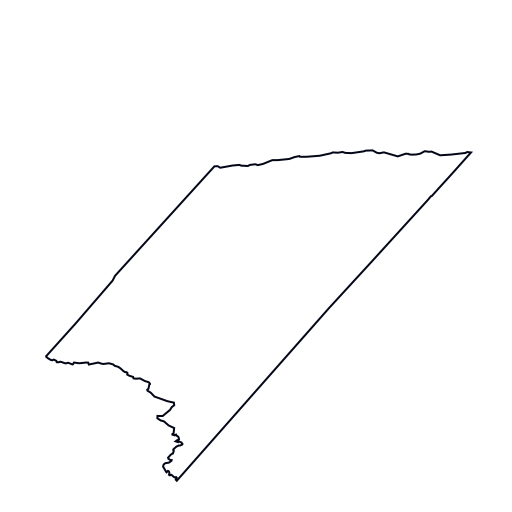 Lake, Minnesota, United States of America, rotated 222°
{"feature_id": "52423323B21927262007954", "entity_name": "Lake", "entity_type": "district", "adm_level": 2, "iso_a3": "USA", "parent_name": "United States of America", "parent_adm1": "Minnesota", "projection": "mercator", "projection_center": [-91.467, 47.572], "detail": "fine", "context": "isolated", "style": "outline", "palette": "ink", "viewbox_px": 512, "rotation_deg": 222, "n_neighbors": 0, "source": "geoboundaries", "source_scale": "gbopen_adm2", "svg_char_len": 2325}
<svg xmlns="http://www.w3.org/2000/svg" viewBox="0 0 512 512"><g transform="rotate(222 256 256)"><path d="M165.5,476.8L168.6,474.6L169.4,472.6L178.9,461.9L186.5,454.1L195.5,451.0L197.0,449.3L200.7,446.8L202.0,443.2L202.4,442.0L204.8,438.7L208.1,435.5L210.0,434.1L210.9,434.0L213.2,432.2L217.3,424.9L230.3,418.6L233.0,415.0L235.2,413.6L240.0,412.5L244.8,407.9L246.0,405.8L253.8,396.4L258.6,392.4L261.3,391.2L264.3,387.5L268.2,384.4L269.1,382.4L275.6,373.3L284.5,363.9L288.7,360.0L289.8,359.2L290.6,359.3L293.5,355.4L296.2,350.4L303.8,342.0L308.0,338.2L312.4,329.1L315.5,324.7L317.8,323.8L321.5,319.6L322.2,317.5L327.4,313.3L329.4,312.5L334.1,307.4L341.6,297.7L344.6,297.1L346.9,294.8L347.5,146.9L346.1,141.8L344.9,84.9L344.9,41.1L344.2,40.9L344.0,40.7L343.9,40.8L342.1,40.8L339.1,41.4L337.6,42.2L337.0,43.7L334.6,44.4L333.5,44.3L333.3,43.9L332.9,43.8L331.5,45.0L330.7,46.5L329.3,47.2L326.8,48.2L325.4,49.0L324.6,50.4L324.1,51.0L319.8,52.6L319.6,53.0L319.6,53.5L319.8,54.2L319.8,54.3L320.0,55.0L315.6,58.0L310.9,63.2L309.3,64.5L307.6,63.5L301.9,71.3L299.1,72.4L297.1,73.7L293.5,77.9L289.7,79.8L287.4,79.9L284.1,81.5L281.2,81.8L279.0,81.8L278.3,81.7L275.9,82.0L275.2,82.4L275.0,82.7L274.7,82.9L274.1,83.1L273.2,83.0L273.1,82.6L272.3,81.7L269.9,82.3L266.4,83.9L265.1,83.1L263.1,84.5L260.3,87.4L255.0,88.7L251.3,90.4L249.4,90.2L249.1,89.9L249.3,89.2L247.1,85.3L247.3,83.8L246.4,83.3L242.8,84.0L237.4,83.6L224.7,88.8L218.9,92.1L216.9,90.3L217.5,87.3L216.9,84.2L218.3,74.6L222.2,71.2L220.7,69.4L216.8,70.0L213.8,71.5L207.6,71.6L201.7,73.4L198.5,68.9L199.0,67.8L198.9,67.5L198.6,67.3L196.4,68.3L196.3,69.2L195.8,69.8L195.3,69.4L194.3,69.4L193.1,69.7L192.1,69.4L190.5,68.2L191.4,66.1L191.7,64.5L189.4,65.5L189.6,66.1L189.3,66.5L186.8,67.5L184.8,67.1L184.7,66.8L184.7,66.4L185.7,64.2L186.6,63.5L187.6,61.1L188.0,57.6L188.0,56.9L187.8,56.5L187.2,56.5L186.8,56.3L185.6,53.7L185.9,53.4L186.4,51.2L186.4,47.3L185.4,46.7L183.5,47.0L182.1,47.9L181.8,47.4L182.3,44.7L182.6,44.0L184.7,41.4L184.9,40.9L185.1,39.2L184.1,37.3L178.5,35.5L177.7,35.4L177.7,37.3L177.0,37.6L176.1,37.4L174.9,36.6L174.3,35.2L173.3,35.3L172.7,36.5L172.4,36.8L168.5,36.9L167.3,38.3L166.7,38.2L166.0,36.1L164.5,36.0L166.9,266.2L166.3,326.1L165.8,412.8L166.0,417.4L165.5,418.2L165.5,428.7L165.4,447.2L165.5,476.8Z" fill="none" stroke="#020617" stroke-width="2"/></g></svg>